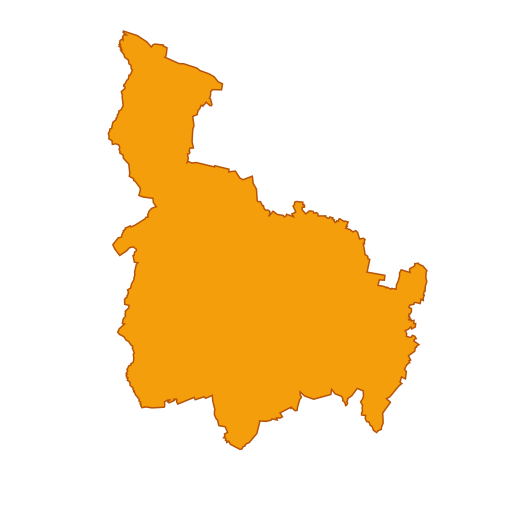 the district of Carrick-On-Suir Lea-5, South Tipperary, Ireland, rotated 192°
{"feature_id": "5873133B72256716491480", "entity_name": "Carrick-On-Suir Lea-5", "entity_type": "district", "adm_level": 2, "iso_a3": "IRL", "parent_name": "Ireland", "parent_adm1": "South Tipperary", "projection": "orthographic", "projection_center": [-7.586, 52.495], "detail": "fine", "context": "isolated", "style": "filled", "palette": "amber", "viewbox_px": 512, "rotation_deg": 192, "n_neighbors": 0, "source": "geoboundaries", "source_scale": "gbopen_adm2", "svg_char_len": 6039}
<svg xmlns="http://www.w3.org/2000/svg" viewBox="0 0 512 512"><g transform="rotate(192 256 256)"><path d="M90.8,281.0L94.8,281.7L95.7,282.7L99.1,281.5L98.8,279.1L102.8,275.8L103.0,274.4L101.8,271.9L111.1,272.7L112.1,269.2L111.4,266.4L111.7,260.9L112.6,257.1L112.0,252.7L116.6,252.5L117.1,251.6L121.5,252.7L121.7,252.0L124.4,252.9L130.5,252.6L130.4,258.3L125.4,259.0L125.9,263.9L144.0,263.3L144.0,276.4L145.8,276.5L146.7,279.0L149.5,280.0L153.6,290.3L152.4,290.6L153.1,292.5L152.7,294.7L154.6,295.7L158.3,294.2L161.4,300.1L163.7,301.6L166.3,299.7L169.5,301.4L173.9,301.8L172.9,304.0L173.9,303.9L172.9,308.4L176.2,308.7L176.9,308.0L181.9,309.9L182.6,309.2L182.7,307.0L184.3,307.3L185.0,305.3L186.9,306.1L186.8,307.6L189.1,308.1L188.7,309.2L191.9,309.6L192.5,308.0L194.0,308.0L196.2,309.0L196.2,309.7L203.5,308.1L204.5,310.5L205.9,311.0L208.1,309.9L209.6,311.6L213.2,311.2L216.1,307.5L220.5,310.8L220.8,313.2L218.8,313.8L218.9,315.2L219.7,315.3L219.8,316.3L221.0,316.1L221.4,318.4L227.9,317.7L229.3,316.8L229.2,314.0L230.1,312.5L226.5,307.7L226.4,307.0L229.7,304.6L227.5,302.2L234.8,303.2L234.9,301.5L236.7,300.1L237.8,301.3L243.9,301.1L248.6,303.4L251.8,297.3L251.3,300.0L251.7,302.4L253.7,303.4L256.2,302.8L258.1,304.3L259.2,306.8L260.3,306.7L262.9,310.1L265.6,309.6L266.4,310.7L269.5,321.6L273.8,326.3L276.2,333.3L284.6,327.9L288.0,328.9L293.9,334.8L300.1,332.6L300.5,335.3L315.1,335.7L315.1,334.5L333.9,335.0L338.2,333.6L341.9,334.4L342.7,333.3L342.5,337.3L344.2,341.5L342.4,342.4L342.3,343.9L343.2,344.6L343.1,347.7L339.7,348.6L342.3,354.6L344.2,366.9L343.7,370.3L346.9,379.4L342.9,382.1L343.0,386.3L341.7,388.1L341.1,391.9L339.1,391.5L339.2,392.4L337.9,393.4L336.8,396.1L332.2,393.5L330.8,393.8L330.6,395.0L333.0,400.0L334.4,400.6L333.8,403.2L334.5,407.3L333.1,409.7L324.2,411.4L324.6,417.5L329.2,418.5L334.2,422.6L339.4,424.3L349.6,425.8L352.8,427.5L366.6,429.0L371.2,428.2L386.4,431.5L385.8,432.0L385.7,434.9L386.3,441.1L390.5,442.2L390.5,443.1L398.9,442.3L400.9,440.9L401.8,438.6L407.4,442.8L417.9,446.9L432.4,448.5L432.6,447.3L428.9,445.3L431.1,445.1L432.1,442.6L430.9,439.7L432.2,440.2L433.8,438.5L433.6,435.5L432.5,434.5L433.7,434.1L432.2,432.7L433.1,432.4L431.1,431.6L430.8,431.0L431.6,430.2L429.9,429.6L430.8,428.6L427.3,425.9L425.8,423.1L421.6,421.2L420.2,417.6L417.9,416.5L417.0,413.3L415.5,412.2L416.7,406.8L417.8,406.6L417.7,402.3L418.9,401.1L419.7,397.7L420.9,395.9L420.6,394.5L419.5,394.5L419.0,392.7L421.9,388.8L420.1,385.5L420.0,383.7L417.2,375.6L418.3,371.1L420.2,369.4L420.1,366.6L421.0,365.1L420.5,363.4L421.5,361.5L421.1,360.5L423.8,357.0L423.8,350.8L425.4,349.7L425.1,348.1L425.9,345.1L424.7,342.9L424.3,340.0L420.9,338.9L419.7,335.3L416.6,336.6L413.2,336.1L411.8,333.7L412.1,331.7L410.9,330.4L410.6,328.4L407.1,327.2L406.1,324.1L399.5,319.4L396.6,310.4L396.6,307.7L391.8,306.1L391.4,304.4L389.9,304.1L383.3,298.4L382.8,295.4L383.2,290.9L378.5,290.2L368.8,291.0L367.5,286.9L363.8,283.5L368.0,280.9L369.8,278.0L370.5,273.9L369.8,271.4L371.7,271.0L372.3,269.2L381.1,260.7L384.4,258.4L385.3,259.3L389.7,256.0L389.3,255.2L391.0,253.1L390.6,252.7L391.5,249.7L391.5,246.6L394.6,245.0L398.4,237.3L395.7,233.6L389.4,228.2L383.9,233.8L381.4,237.9L377.8,239.4L374.3,237.6L374.2,236.0L375.6,234.6L375.4,231.4L376.4,230.8L373.7,224.7L370.2,224.8L371.3,222.6L371.4,215.1L370.5,211.9L370.9,209.3L370.4,207.8L371.9,202.9L372.0,198.6L374.6,196.1L373.4,194.4L373.3,191.6L373.9,190.4L373.6,189.0L375.2,187.1L375.5,185.8L374.3,181.4L369.9,181.3L369.7,180.2L370.0,178.2L372.4,174.7L371.9,173.6L372.0,171.7L371.0,170.2L372.8,166.7L372.7,162.2L370.4,162.1L374.5,156.6L375.5,152.8L373.3,151.0L368.4,149.6L365.5,146.7L362.8,145.9L359.7,142.8L357.9,142.3L357.8,140.1L354.8,135.8L355.6,134.4L354.3,130.8L353.9,126.6L355.9,124.7L355.5,123.5L357.4,122.4L358.6,118.0L357.6,117.0L358.6,113.8L357.4,113.5L358.1,112.2L357.6,110.8L356.2,110.5L356.6,109.5L355.7,108.9L356.0,107.7L353.1,106.4L352.3,103.3L348.7,101.3L348.6,99.9L347.4,99.0L347.5,97.9L346.8,98.2L345.2,95.4L340.5,91.6L340.3,89.8L338.5,89.1L338.7,87.4L337.6,87.1L337.6,85.6L336.0,83.9L332.3,85.5L326.2,85.8L314.4,89.0L314.1,90.2L315.1,94.4L312.4,96.7L310.6,97.2L312.0,94.9L310.5,94.3L305.7,97.8L306.5,98.8L303.9,99.5L303.1,96.6L301.8,94.9L287.1,104.8L285.6,102.8L277.3,107.6L275.7,106.3L269.8,110.6L268.1,105.1L264.2,97.0L264.4,95.5L263.6,91.9L260.8,88.1L259.8,88.0L257.0,82.3L250.7,82.6L247.1,77.5L249.8,75.4L249.0,73.4L249.9,71.5L247.9,71.6L247.5,69.3L246.6,69.4L245.7,67.5L244.4,69.2L241.9,66.5L231.5,63.5L229.6,64.4L229.1,66.6L227.2,67.9L227.2,69.6L223.9,72.1L218.3,82.4L217.8,94.6L218.2,95.4L211.7,96.4L207.3,98.4L206.4,100.0L201.1,100.0L202.4,102.0L198.7,102.5L196.7,104.2L199.9,107.5L191.2,114.7L190.3,114.2L190.1,115.4L185.6,112.8L183.7,113.5L184.0,116.2L183.4,124.6L182.2,127.5L184.0,129.6L184.6,132.3L179.3,129.2L169.8,127.9L154.0,136.1L154.3,141.3L149.8,137.6L143.0,136.5L141.2,134.0L141.0,132.5L138.7,131.2L137.2,128.3L136.4,128.7L135.8,131.3L136.9,132.6L136.4,134.5L136.8,135.5L133.2,139.3L129.5,147.5L123.1,146.4L121.7,141.1L122.1,138.1L123.4,135.1L120.7,132.0L120.6,129.4L119.6,126.6L120.1,124.6L119.7,122.4L115.6,122.8L115.4,119.7L113.2,117.0L111.0,117.1L108.9,113.9L107.1,113.5L104.9,109.9L101.3,108.4L99.9,110.8L97.4,112.4L97.6,114.9L96.9,119.2L99.4,128.7L94.1,140.8L98.7,143.6L95.7,146.2L89.2,158.7L86.8,161.6L88.9,162.6L88.5,167.9L84.3,166.9L84.9,174.3L87.1,175.8L86.3,179.8L84.4,183.2L83.4,183.6L84.5,185.5L83.1,186.4L86.2,190.1L80.9,195.9L81.2,199.8L80.1,200.0L79.8,201.8L78.2,203.1L84.0,205.7L83.5,207.7L82.1,208.5L84.1,210.6L86.6,210.9L87.1,209.0L88.1,208.5L92.1,208.6L92.5,211.5L94.5,214.1L91.6,216.1L89.8,218.9L88.6,217.0L85.4,219.7L85.8,223.1L87.7,222.7L88.1,225.9L90.7,224.8L91.3,226.3L92.9,225.2L93.5,225.7L92.3,226.7L93.2,228.7L94.0,228.4L94.3,230.8L93.5,230.8L92.4,233.9L93.1,237.0L95.7,237.4L95.4,239.9L91.5,241.6L91.5,243.1L90.4,243.8L85.5,243.6L85.6,248.1L83.1,247.3L83.7,250.1L83.2,252.5L84.1,252.5L84.1,256.6L83.3,256.8L84.1,261.3L83.6,266.5L85.3,270.0L86.2,275.4L85.8,277.2L90.8,281.0Z" fill="#f59e0b" stroke="#b45309" stroke-width="1.5"/></g></svg>